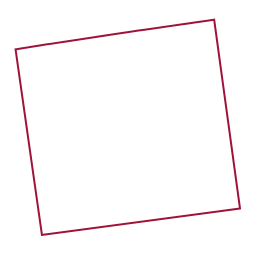 the district of Ringgold, Iowa, United States of America, rotated 172°
{"feature_id": "52423323B92247192856320", "entity_name": "Ringgold", "entity_type": "district", "adm_level": 2, "iso_a3": "USA", "parent_name": "United States of America", "parent_adm1": "Iowa", "projection": "orthographic", "projection_center": [-94.258, 40.735], "detail": "fine", "context": "isolated", "style": "outline", "palette": "rose", "viewbox_px": 256, "rotation_deg": 172, "n_neighbors": 0, "source": "geoboundaries", "source_scale": "gbopen_adm2", "svg_char_len": 406}
<svg xmlns="http://www.w3.org/2000/svg" viewBox="0 0 256 256"><g transform="rotate(172 128 128)"><path d="M132.9,222.8L195.1,222.1L195.9,222.2L199.7,222.1L199.8,222.1L220.1,221.7L228.4,221.5L228.1,34.1L28.3,32.7L27.6,223.3L27.9,223.3L32.5,223.2L45.9,223.2L77.4,223.1L86.9,223.0L87.0,223.0L92.1,223.0L98.3,223.0L105.3,223.1L108.6,223.0L132.9,222.8Z" fill="none" stroke="#9f1239" stroke-width="2"/></g></svg>